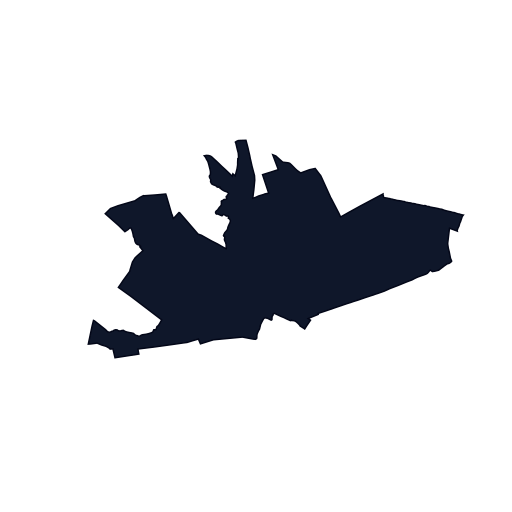 Niculesti, Dâmbovita, Romania (Equal Earth projection), rotated 230°
{"feature_id": "2599482B73950488688703", "entity_name": "Niculesti", "entity_type": "district", "adm_level": 2, "iso_a3": "ROU", "parent_name": "Romania", "parent_adm1": "Dâmbovita", "projection": "equal_earth", "projection_center": [25.943, 44.679], "detail": "fine", "context": "isolated", "style": "filled", "palette": "ink", "viewbox_px": 512, "rotation_deg": 230, "n_neighbors": 0, "source": "geoboundaries", "source_scale": "gbopen_adm2", "svg_char_len": 6092}
<svg xmlns="http://www.w3.org/2000/svg" viewBox="0 0 512 512"><g transform="rotate(230 256 256)"><path d="M130.7,381.1L130.0,382.3L129.4,383.3L127.7,386.8L127.4,394.0L127.1,397.4L126.3,399.1L126.1,400.4L126.1,402.0L126.3,402.6L129.2,403.5L135.2,406.8L138.3,408.3L141.7,410.4L142.6,411.1L152.1,421.2L152.9,422.1L145.7,426.2L146.1,426.4L146.4,426.6L147.8,429.1L148.0,429.7L148.5,430.8L149.0,431.5L149.9,432.8L150.5,433.8L150.7,434.5L153.7,439.4L154.1,441.1L154.3,440.9L155.0,440.4L156.8,439.1L157.4,438.8L158.1,438.1L159.6,437.1L161.7,435.9L163.1,434.6L164.7,433.6L166.6,432.1L168.2,430.9L170.4,429.4L171.0,429.1L172.2,428.5L173.3,427.6L173.6,427.2L173.8,427.0L174.8,426.4L177.2,424.5L178.2,423.7L178.5,423.4L181.8,420.7L182.2,420.5L182.7,420.3L182.8,420.3L183.1,419.9L183.4,419.5L183.9,419.1L184.5,418.7L184.9,418.6L185.5,418.2L186.1,417.9L186.3,417.5L186.5,417.1L186.8,416.7L187.5,416.2L189.0,415.0L190.1,414.2L190.6,413.7L191.1,413.4L191.5,413.1L191.8,412.7L192.4,412.2L192.8,412.0L193.5,411.6L194.5,410.8L194.8,410.6L195.3,409.9L195.6,409.7L195.8,409.5L196.2,409.2L197.0,408.8L198.9,407.0L199.5,406.6L200.1,406.1L200.5,405.7L200.8,405.4L202.6,404.5L202.9,404.1L203.3,403.7L203.6,403.4L204.1,403.2L205.6,401.9L206.1,401.5L208.0,399.7L209.5,398.7L210.6,397.8L212.2,396.7L212.7,396.2L213.1,395.8L213.4,395.6L213.7,395.6L214.2,395.2L214.8,394.6L215.9,393.8L217.4,392.5L217.8,392.1L218.3,391.7L218.8,391.5L219.5,391.7L219.9,392.1L220.6,392.4L221.2,392.6L221.9,393.2L227.3,367.8L229.8,355.0L231.5,345.9L231.9,346.0L235.6,347.0L251.2,350.5L253.5,350.9L253.9,351.1L273.2,356.5L276.3,357.3L276.5,357.3L276.6,357.2L285.0,357.6L287.7,352.5L290.9,343.6L295.0,342.5L297.3,342.2L303.4,341.7L305.4,341.4L306.9,340.4L310.7,336.8L319.9,335.5L322.8,333.9L307.8,328.6L310.8,321.2L314.1,313.3L296.0,306.1L297.8,302.8L298.3,301.2L300.3,296.6L301.2,293.3L301.7,292.1L301.9,291.3L302.3,290.6L308.1,296.9L314.9,303.8L318.5,306.5L327.2,310.6L333.4,313.8L333.9,314.0L336.9,315.7L341.4,318.0L343.9,319.3L351.1,322.7L354.5,318.4L355.9,316.5L356.1,315.6L356.4,314.8L356.5,313.4L355.2,313.0L350.3,310.5L346.3,308.6L343.5,306.6L341.9,305.0L342.2,304.6L339.3,301.9L337.6,300.5L336.0,298.7L334.8,297.3L330.8,291.6L333.8,291.1L332.4,289.1L342.2,288.0L346.6,287.4L352.6,286.8L358.8,286.0L360.3,285.8L361.7,285.4L362.2,285.1L363.3,284.4L364.8,282.9L365.4,281.9L366.0,280.8L363.9,280.8L362.1,280.3L359.4,279.9L356.8,278.8L351.6,276.3L349.7,275.2L347.7,273.4L347.4,272.0L346.7,271.2L345.6,270.8L343.5,270.4L342.1,268.9L339.8,268.4L337.9,269.1L336.6,269.9L334.9,270.6L333.7,270.6L333.4,271.1L332.9,271.3L332.7,271.7L332.7,272.4L332.2,272.6L331.7,272.6L331.5,272.3L330.9,272.0L330.5,272.3L329.2,272.5L327.5,273.0L326.0,273.6L324.0,274.8L322.5,275.3L321.5,275.1L321.1,274.0L321.0,272.9L320.6,272.5L320.5,272.1L320.6,271.9L320.7,271.5L320.4,271.1L319.1,270.7L318.7,270.5L318.5,270.1L318.9,269.2L319.9,267.7L319.9,266.3L320.3,265.1L320.2,264.5L319.5,264.1L318.6,263.3L317.6,262.4L317.2,261.8L317.0,260.8L316.8,259.1L316.4,257.6L316.0,256.4L316.0,255.4L316.0,254.3L315.6,253.2L314.8,252.7L313.9,252.6L313.4,252.8L312.6,253.8L310.1,255.0L308.8,255.7L308.6,256.1L308.7,256.6L309.1,257.3L309.0,257.5L307.9,258.3L306.8,258.7L305.8,258.9L305.2,259.4L304.8,260.1L304.4,260.4L303.7,260.3L302.8,259.1L301.5,259.5L300.6,259.5L299.7,259.2L298.5,258.0L297.2,255.1L296.1,253.0L295.1,251.8L294.4,250.3L293.9,247.1L293.4,245.9L292.5,244.2L291.8,244.1L290.8,244.4L289.9,243.5L289.3,242.8L288.7,242.2L287.5,241.8L285.5,241.3L284.8,240.8L284.1,240.6L282.5,239.3L281.4,238.4L280.7,238.0L280.7,237.8L283.3,236.7L289.9,234.3L295.9,231.7L307.0,227.5L310.0,225.7L338.3,225.3L338.4,225.2L338.8,224.9L337.9,217.8L337.9,216.7L341.1,218.1L341.2,217.9L359.4,225.9L361.5,226.7L367.2,218.5L374.0,209.1L374.6,208.6L375.5,204.7L376.0,200.1L376.1,198.2L376.4,198.1L383.2,182.6L385.9,175.0L385.3,167.7L367.5,170.4L358.9,171.2L358.5,174.9L358.6,176.5L358.5,177.5L357.7,178.2L356.3,177.8L355.0,177.4L352.4,176.2L349.6,174.6L347.8,174.3L345.9,173.2L344.7,172.6L343.0,172.2L341.8,172.3L340.6,172.8L339.4,173.7L337.7,173.9L337.7,173.2L337.7,172.9L337.1,172.9L335.8,172.9L333.7,172.8L332.7,172.8L332.6,171.9L332.7,171.1L332.6,169.4L332.5,165.2L332.3,162.2L330.8,157.5L326.1,150.3L325.4,149.5L322.6,138.2L321.9,135.9L320.4,130.4L305.6,134.2L267.7,142.7L266.7,140.1L265.7,137.2L265.5,136.3L265.6,134.8L263.9,132.1L265.2,130.2L264.3,128.6L264.1,127.7L264.7,125.8L265.5,123.9L266.7,121.5L268.6,118.5L269.1,117.3L269.3,115.6L269.8,114.6L271.1,114.0L272.2,113.1L273.4,112.6L275.4,112.4L277.1,111.2L279.0,109.6L281.1,108.0L282.9,107.0L284.2,106.7L285.1,105.5L285.7,104.0L286.6,103.0L287.2,102.5L288.7,102.1L289.7,101.1L290.4,99.6L290.4,98.1L291.0,97.2L291.4,95.2L292.1,94.5L293.4,93.6L296.3,93.4L310.0,90.6L311.1,90.1L307.7,85.4L296.3,70.9L294.9,72.8L291.4,78.3L287.1,80.5L283.2,83.1L280.0,84.3L278.5,84.4L276.8,86.7L268.7,82.6L256.2,103.2L260.5,105.6L260.5,106.0L251.3,120.2L242.5,134.2L236.1,144.5L234.1,147.6L232.1,152.4L229.4,158.5L224.4,157.0L219.2,169.5L202.6,193.5L194.0,200.6L192.5,202.1L192.4,202.8L192.4,203.4L192.7,203.9L194.0,205.1L195.0,206.0L195.8,207.2L197.1,209.8L197.7,211.6L200.7,215.7L202.1,219.0L203.1,221.6L203.0,223.0L200.9,224.8L197.1,226.4L197.0,227.3L199.3,229.4L199.8,231.1L200.5,231.8L200.4,233.1L199.7,233.5L193.7,236.3L190.9,237.8L190.1,238.2L189.7,238.3L188.6,238.8L187.5,239.3L186.9,239.6L185.7,240.2L185.5,240.3L185.0,240.5L184.5,240.8L184.1,241.1L184.0,241.4L184.1,241.8L183.6,242.0L182.4,243.1L182.1,243.5L181.4,243.9L180.6,244.3L179.5,244.6L177.4,244.9L175.8,245.0L174.7,245.0L174.0,244.8L173.6,244.9L172.9,245.2L171.1,245.7L170.4,246.0L168.8,246.4L170.0,250.1L171.8,256.5L174.6,255.7L174.1,257.3L171.3,266.1L172.2,266.4L169.0,274.4L165.6,283.3L162.7,290.8L161.0,295.2L159.6,298.5L158.4,301.7L156.8,305.4L154.0,312.8L151.2,319.8L150.9,320.4L150.1,322.7L149.1,325.1L147.6,329.1L146.5,332.1L146.4,332.6L145.7,335.0L145.1,337.3L142.1,346.0L139.3,354.8L137.4,360.2L136.8,363.1L136.2,365.4L135.7,367.0L132.9,374.5L132.6,376.1L132.8,377.9L133.2,379.6L133.2,380.3L133.0,380.5L130.7,381.1Z" fill="#0f172a" stroke="#020617" stroke-width="1.5"/></g></svg>